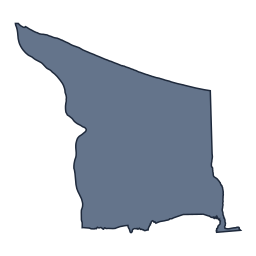 Sitionuevo, Magdalena, Colombia (Mercator projection)
{"feature_id": "7082276B53559247838582", "entity_name": "Sitionuevo", "entity_type": "district", "adm_level": 2, "iso_a3": "COL", "parent_name": "Colombia", "parent_adm1": "Magdalena", "projection": "mercator", "projection_center": [-74.637, 10.912], "detail": "fine", "context": "isolated", "style": "filled", "palette": "slate", "viewbox_px": 256, "rotation_deg": 0, "n_neighbors": 0, "source": "geoboundaries", "source_scale": "gbopen_adm2", "svg_char_len": 5642}
<svg xmlns="http://www.w3.org/2000/svg" viewBox="0 0 256 256"><path d="M65.6,110.0L65.9,112.1L67.4,115.0L69.3,116.2L71.9,118.3L72.7,119.2L74.0,121.0L75.4,122.3L77.5,123.8L80.7,125.4L82.6,126.7L83.3,127.0L84.3,127.3L84.7,127.5L85.6,128.4L86.1,129.2L86.3,129.6L86.2,130.1L85.9,130.9L85.5,131.5L85.0,132.0L81.7,134.7L79.4,136.2L78.5,137.1L77.5,138.4L76.7,140.5L76.0,143.3L75.8,145.3L75.8,147.6L76.2,152.8L76.1,155.5L75.8,157.2L74.8,160.1L74.5,161.6L74.1,163.7L73.9,165.9L73.9,168.3L74.4,169.8L75.0,173.5L76.0,184.5L76.8,188.5L78.0,191.6L79.4,194.4L81.5,198.8L82.4,202.1L82.7,203.9L82.6,206.2L82.2,207.9L81.4,210.1L81.3,212.5L81.4,219.9L81.9,221.7L82.1,222.2L82.2,223.2L82.2,227.7L83.1,227.6L89.5,228.1L91.1,228.8L94.1,228.9L94.7,228.8L94.9,228.5L95.2,228.4L95.7,228.6L96.1,228.8L96.4,228.5L96.5,228.3L96.8,227.9L97.2,227.8L97.4,227.3L97.7,227.4L98.2,227.7L98.9,227.9L99.3,227.9L100.6,227.5L101.0,227.5L101.5,227.8L103.1,229.1L103.5,229.2L103.8,228.9L104.3,228.0L104.6,227.8L104.9,227.8L105.4,228.2L106.1,228.5L106.7,228.5L108.6,228.4L113.0,228.6L115.3,228.4L116.6,227.8L120.1,226.6L124.8,225.7L127.9,225.4L128.1,226.8L128.6,228.0L129.3,229.1L130.1,231.8L130.5,232.5L131.3,232.6L131.5,232.5L131.9,232.0L132.0,231.6L132.3,231.2L132.2,230.7L132.8,229.4L133.9,228.8L134.4,228.6L135.1,228.6L136.2,228.8L136.6,228.7L137.0,228.4L137.4,228.8L137.4,229.0L138.0,229.2L138.3,228.9L138.8,228.7L139.1,228.3L139.5,228.2L140.4,229.4L141.1,229.4L141.3,229.2L142.0,229.3L142.4,229.7L142.8,229.8L143.2,229.7L143.6,229.8L144.0,230.4L144.4,230.6L145.7,230.5L147.2,229.9L147.4,230.0L148.0,230.1L148.3,229.1L148.3,228.4L148.7,227.6L148.8,227.1L149.3,226.4L149.6,225.5L149.8,225.3L149.9,225.0L150.4,224.8L150.4,224.3L150.3,223.9L150.4,223.4L150.5,223.3L150.7,223.2L151.2,223.0L151.4,222.7L151.6,222.6L151.3,222.6L151.2,222.1L151.5,221.6L152.2,220.9L152.6,220.7L152.8,220.7L153.7,221.8L154.1,222.2L154.8,221.7L155.2,222.2L155.9,223.2L158.2,222.2L160.2,221.5L164.4,220.8L166.4,220.3L168.1,220.0L168.6,219.8L169.2,219.5L169.5,218.9L171.9,218.7L173.6,217.8L183.2,214.5L203.3,214.2L208.1,215.8L209.2,216.1L209.3,216.0L209.5,216.1L210.6,217.0L211.5,217.4L212.2,217.3L212.9,217.5L213.4,217.1L213.5,217.2L213.3,217.3L213.3,217.5L213.1,217.5L213.3,217.8L213.5,217.7L213.6,217.9L214.1,217.9L214.3,218.2L214.5,217.9L214.5,218.1L215.0,217.9L215.3,217.6L215.4,218.1L215.9,217.9L216.4,218.0L216.9,216.2L217.0,216.3L217.2,217.4L217.2,217.9L217.1,218.1L217.4,218.0L217.4,218.4L217.7,218.3L217.7,218.5L218.1,218.7L218.2,218.9L218.3,218.8L218.5,219.0L218.9,219.3L218.8,219.7L219.1,219.8L219.3,220.0L219.5,219.7L219.5,219.9L219.6,220.0L219.7,220.3L219.9,220.4L220.0,220.7L220.0,220.9L220.4,221.1L220.2,221.7L220.1,221.8L220.2,222.1L220.0,222.5L220.1,223.7L219.8,224.3L218.6,225.4L217.9,226.3L217.9,227.0L217.5,228.3L217.3,228.5L216.9,228.4L216.7,228.6L216.6,229.7L216.8,230.5L216.7,230.6L216.6,230.4L216.4,230.3L216.3,230.5L216.4,230.9L216.6,231.2L216.4,231.7L216.6,232.3L240.6,230.3L240.1,229.8L239.2,229.0L239.1,228.6L239.3,228.2L239.2,227.8L239.0,227.5L238.7,227.3L238.4,227.2L237.5,227.2L236.8,227.3L235.8,227.7L233.5,227.9L228.6,228.8L227.6,228.8L226.1,228.6L225.0,228.3L224.9,228.2L224.9,227.6L224.6,227.0L224.7,226.4L225.0,225.8L225.2,225.6L225.3,225.2L225.3,224.1L225.5,223.6L225.4,222.8L225.1,222.3L225.0,221.7L225.0,221.2L224.9,221.0L225.0,220.3L224.9,220.1L224.9,219.8L224.7,219.1L224.4,218.8L224.4,218.2L224.1,218.0L223.9,217.9L224.0,217.6L223.7,216.9L223.7,216.3L223.4,215.6L223.2,215.3L223.2,215.0L222.9,214.1L223.0,213.3L222.8,212.2L222.5,211.4L222.2,210.1L222.3,209.0L222.6,207.8L222.6,206.9L222.8,206.0L223.0,204.7L222.8,203.8L222.7,203.0L222.9,202.4L223.1,201.2L222.9,200.1L223.1,196.7L223.0,196.0L223.2,195.6L223.3,194.4L223.1,193.8L223.2,193.4L223.2,191.7L222.8,189.3L222.7,189.0L222.6,187.8L222.1,186.6L221.9,185.8L221.8,185.6L221.5,185.5L221.4,185.2L221.2,185.2L220.9,184.5L220.4,183.6L220.2,182.7L219.6,182.1L219.1,181.2L218.9,181.0L217.1,178.8L216.6,178.6L216.5,178.4L215.8,177.9L214.3,177.0L214.2,176.8L213.9,176.6L213.7,176.4L213.3,175.2L213.1,172.8L212.7,171.2L212.8,170.4L212.6,169.7L212.6,168.0L212.2,167.2L211.7,167.0L211.4,166.0L211.4,163.5L211.8,161.5L211.9,160.2L212.3,157.8L212.4,156.6L212.2,154.5L212.1,154.1L210.3,90.7L204.7,89.8L195.7,88.0L184.6,85.3L183.7,85.0L177.4,83.6L171.2,81.9L169.5,81.2L165.1,80.1L163.1,79.4L160.0,78.5L159.1,78.2L156.1,77.6L152.9,76.6L151.9,76.4L150.8,75.9L149.9,75.7L147.5,74.8L146.2,74.5L139.8,72.2L138.8,72.0L136.0,70.6L134.1,70.0L132.9,69.4L131.5,69.0L128.9,67.9L125.8,66.9L124.1,66.1L123.2,66.0L122.4,65.7L121.8,65.7L121.2,65.5L117.4,63.9L114.4,62.8L111.1,61.4L109.3,60.9L107.3,60.0L105.2,59.3L99.6,56.9L95.6,55.3L94.2,54.6L90.0,53.0L83.0,50.0L79.1,47.7L72.6,45.4L70.3,44.3L69.3,43.6L68.5,43.3L67.6,42.7L66.6,42.4L62.9,40.6L61.8,40.0L61.5,40.1L59.5,39.1L57.2,38.2L54.8,37.8L53.1,37.3L51.0,36.4L50.3,36.2L49.2,35.9L47.0,34.9L46.2,34.7L46.2,34.4L46.1,34.7L45.5,34.7L43.4,34.3L41.4,34.2L39.4,33.8L36.8,32.5L36.9,32.3L36.8,32.6L36.3,32.5L33.9,31.4L31.0,29.8L29.7,29.2L27.1,27.5L26.0,26.9L25.6,26.6L25.4,26.7L25.5,27.0L25.1,27.3L24.5,27.4L23.4,27.3L20.9,25.9L19.3,24.6L19.0,24.2L18.2,23.4L17.8,23.4L17.0,23.6L16.8,23.4L15.4,23.4L15.6,24.9L16.6,27.5L17.2,29.9L17.6,32.4L18.2,38.7L18.6,40.5L19.0,42.2L19.6,44.0L20.7,46.3L21.9,48.3L23.2,50.1L25.5,52.7L27.9,54.8L29.0,55.5L32.0,57.0L34.0,58.6L35.3,59.5L39.7,61.8L41.5,62.8L43.0,64.2L45.5,66.9L46.6,68.0L47.6,68.7L50.1,70.0L51.0,70.7L52.3,72.1L54.6,73.9L57.2,76.5L60.4,80.5L62.5,83.5L63.6,85.7L64.5,88.4L64.9,90.0L65.1,92.4L66.1,95.5L66.3,96.8L66.4,97.7L66.2,99.5L66.3,101.0L65.8,103.5L65.5,106.1L65.5,108.2L65.6,110.0Z" fill="#64748b" stroke="#1e293b" stroke-width="1.5"/></svg>